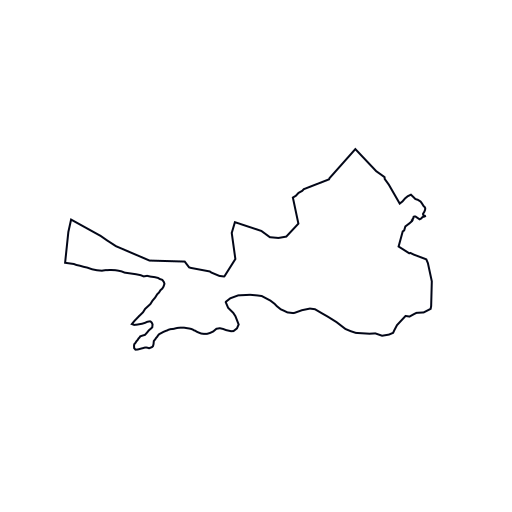 Odukpani, Cross River, Nigeria, rotated 302°
{"feature_id": "59680162B36423706884187", "entity_name": "Odukpani", "entity_type": "district", "adm_level": 2, "iso_a3": "NGA", "parent_name": "Nigeria", "parent_adm1": "Cross River", "projection": "robinson", "projection_center": [8.065, 5.245], "detail": "fine", "context": "isolated", "style": "outline", "palette": "ink", "viewbox_px": 512, "rotation_deg": 302, "n_neighbors": 0, "source": "geoboundaries", "source_scale": "gbopen_adm2", "svg_char_len": 3570}
<svg xmlns="http://www.w3.org/2000/svg" viewBox="0 0 512 512"><g transform="rotate(302 256 256)"><path d="M391.0,323.2L391.6,313.6L391.6,313.1L399.3,283.6L361.0,277.1L359.7,277.3L338.0,261.1L335.8,260.7L332.0,258.6L328.2,257.9L325.1,256.3L305.9,274.8L288.5,271.4L283.2,265.5L279.3,257.8L280.1,247.3L273.5,220.2L262.7,223.2L242.5,240.1L222.3,240.0L221.7,239.8L219.7,235.5L218.3,226.9L218.4,225.0L211.4,207.1L210.9,205.3L213.5,198.5L195.7,168.1L190.1,132.0L190.3,121.4L190.7,113.7L188.9,79.9L177.0,84.1L149.1,97.7L149.8,99.3L152.7,105.8L153.2,108.4L154.4,111.7L155.5,115.6L156.7,118.9L157.9,124.1L159.6,128.6L161.9,133.2L162.4,133.7L164.2,135.8L165.9,138.4L166.6,139.3L167.6,141.0L169.4,144.2L170.5,146.8L171.7,150.1L172.3,153.4L174.6,158.6L176.9,163.8L178.6,168.3L179.2,171.6L181.5,174.2L182.6,177.4L184.4,181.3L185.5,184.6L185.5,185.6L185.5,186.6L185.9,188.2L186.1,189.2L185.6,190.5L185.0,191.8L183.9,193.1L181.0,193.8L178.7,193.8L176.4,193.1L173.6,193.1L171.3,192.5L167.3,192.5L163.3,191.9L159.3,191.9L152.4,190.0L148.4,190.0L143.4,188.8L143.3,188.7L142.6,188.6L137.5,187.5L135.7,187.2L132.5,186.8L133.0,189.2L134.7,191.4L136.5,193.4L138.2,195.3L140.5,197.3L142.5,198.6L144.0,200.2L144.6,201.2L144.3,202.8L143.2,204.5L142.0,205.1L140.6,205.8L139.2,205.5L137.1,204.8L136.0,204.5L133.4,204.2L131.7,203.9L130.2,203.6L128.8,202.3L127.6,201.3L126.5,200.4L125.0,200.4L124.0,200.1L123.3,200.1L122.2,200.1L121.9,200.1L120.4,199.8L118.2,199.8L116.7,199.5L115.3,200.1L113.3,201.5L112.7,203.4L113.4,204.4L113.6,204.7L114.5,205.7L115.6,206.7L115.7,206.8L116.9,207.9L117.9,208.9L119.4,210.2L120.3,211.5L120.8,212.9L121.1,214.2L122.3,215.1L123.7,216.1L124.9,216.4L126.0,216.1L127.2,215.7L128.3,215.1L129.8,214.4L132.1,214.7L133.5,214.7L135.2,215.0L136.7,215.0L138.4,215.3L140.1,216.3L142.4,217.6L143.3,218.2L144.7,219.2L145.9,220.2L147.0,220.8L148.8,222.4L149.4,223.3L150.0,224.0L150.5,224.7L152.2,226.3L152.9,227.0L153.7,227.9L154.0,228.3L155.4,230.2L157.2,233.2L158.1,235.4L159.2,238.0L159.8,239.7L160.1,241.3L160.1,243.0L160.4,243.9L160.4,244.3L160.4,245.9L160.6,247.4L161.2,250.6L162.4,253.2L164.1,255.8L166.4,257.8L169.3,259.7L173.3,261.0L175.6,263.6L176.7,266.8L177.3,269.9L179.0,274.7L180.4,276.7L182.3,277.4L184.5,278.2L185.4,278.1L186.4,277.9L188.7,277.6L191.1,274.4L194.0,270.5L195.7,266.9L197.3,259.8L200.8,254.8L201.2,254.7L206.5,256.6L213.2,261.8L220.0,271.6L223.2,277.9L224.6,281.0L225.1,282.1L225.8,291.8L225.3,297.1L224.5,300.2L223.9,305.2L224.4,308.7L224.8,312.5L227.3,317.8L228.3,318.9L230.1,320.3L232.1,321.9L234.4,323.7L240.0,329.6L242.1,334.2L242.3,340.9L242.3,341.4L242.6,348.9L242.6,359.3L241.5,370.5L242.4,376.0L243.7,381.4L250.2,393.4L253.6,398.2L255.2,405.2L259.8,410.4L263.5,413.0L266.6,412.6L266.8,412.6L272.1,412.2L273.1,412.4L284.4,414.6L286.0,418.3L290.5,420.8L292.8,422.2L297.0,428.1L303.7,432.1L306.3,431.1L327.7,418.5L341.0,405.6L343.4,402.2L340.8,389.1L340.4,385.3L339.5,384.5L339.6,371.9L354.6,367.4L356.2,368.1L360.2,367.0L365.3,368.9L368.3,369.8L368.8,369.3L369.1,369.5L369.5,369.4L369.7,369.7L370.1,369.5L370.4,369.3L370.6,369.4L370.9,369.3L371.4,369.4L372.5,368.9L372.9,369.0L373.3,369.2L373.8,369.9L374.0,370.4L373.8,375.3L375.1,376.1L375.6,376.3L376.5,376.4L377.0,376.5L377.4,376.7L378.8,378.0L379.3,378.3L379.6,377.9L379.3,376.9L379.5,375.9L380.3,375.3L382.8,375.3L384.8,374.9L386.2,374.2L386.9,373.1L387.1,371.8L388.6,368.7L389.4,366.7L389.4,363.2L389.0,362.1L388.8,360.7L389.2,359.2L390.1,354.9L387.1,353.0L383.9,351.9L379.9,351.3L376.6,350.1L386.9,330.8L389.5,324.4L391.0,323.2Z" fill="none" stroke="#020617" stroke-width="2"/></g></svg>